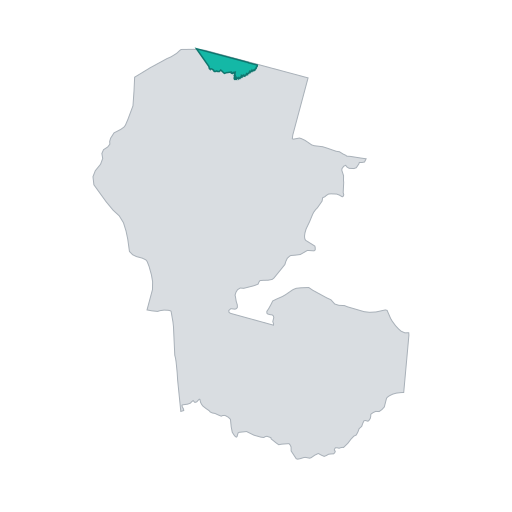 Sikongo, Western, Zambia (highlighted), rotated 105°
{"feature_id": "96606910B5408602862486", "entity_name": "Sikongo", "entity_type": "district", "adm_level": 2, "iso_a3": "ZMB", "parent_name": "Zambia", "parent_adm1": "Western", "projection": "robinson", "projection_center": [22.375, -15.32], "detail": "fine", "context": "in_parent", "style": "filled", "palette": "teal", "viewbox_px": 512, "rotation_deg": 105, "n_neighbors": 0, "source": "geoboundaries", "source_scale": "gbopen_adm2", "svg_char_len": 7286}
<svg xmlns="http://www.w3.org/2000/svg" viewBox="0 0 512 512"><g transform="rotate(105 256 256)"><path d="M336.3,347.3L315.3,347.3L307.6,349.2L301.3,352.1L293.7,356.6L289.4,359.8L288.2,361.5L287.5,365.3L287.5,371.3L286.7,375.5L284.4,379.4L273.0,384.2L265.5,388.0L258.2,392.6L252.6,398.5L248.8,405.8L242.4,414.8L229.2,431.0L221.6,434.0L215.2,433.3L207.6,429.9L201.5,429.3L196.9,431.4L192.8,430.8L189.0,427.4L185.8,426.1L183.2,427.0L179.8,426.9L173.8,425.0L168.6,419.3L165.7,416.9L163.5,416.0L157.3,415.1L142.8,413.7L127.9,416.6L114.7,419.5L101.3,406.7L88.4,393.1L85.7,389.7L80.8,385.1L77.3,382.9L75.9,381.8L72.5,369.7L70.5,358.6L70.5,251.8L129.5,251.8L133.3,251.3L133.5,250.2L130.8,244.5L130.9,242.5L131.6,238.6L134.3,230.9L134.4,228.3L133.2,219.9L133.4,215.2L134.1,205.7L133.7,202.4L135.0,198.2L135.5,195.3L136.1,194.1L135.4,190.9L134.2,179.6L133.6,174.8L137.1,175.5L138.3,177.9L138.9,180.4L140.5,180.5L144.8,182.0L146.2,184.1L147.2,188.7L146.6,191.0L145.2,192.9L146.6,194.5L149.4,195.6L151.0,195.3L155.8,192.2L160.2,191.1L162.4,190.3L172.2,188.2L174.1,187.1L175.5,187.1L176.5,188.0L175.6,191.2L175.3,194.1L176.5,199.5L177.4,202.0L179.4,203.8L180.9,204.8L182.5,206.7L185.9,206.4L193.4,209.1L195.7,210.4L198.8,211.6L201.1,212.1L208.8,213.1L216.9,214.6L221.1,214.7L224.1,214.3L226.2,213.6L227.5,212.7L228.1,211.9L231.2,201.7L232.8,200.9L234.8,200.4L236.0,201.3L237.3,207.8L243.1,213.6L245.1,218.5L246.6,222.7L247.9,223.8L250.1,225.2L253.6,225.8L256.8,225.9L272.7,233.0L274.4,234.3L276.3,238.1L277.5,242.4L278.7,245.8L280.7,246.5L282.6,246.7L284.4,249.1L285.7,251.1L290.4,259.5L291.0,262.9L293.3,265.1L296.3,266.0L299.2,266.1L300.9,265.2L304.9,263.4L308.1,261.4L310.4,260.7L311.8,261.2L312.8,262.5L313.4,266.7L315.7,268.2L317.3,267.6L318.0,265.9L318.0,265.1L318.3,221.2L316.9,221.5L315.0,222.8L310.8,222.9L309.2,223.9L308.7,225.2L309.0,227.1L309.0,229.6L308.4,230.7L306.6,231.2L303.9,230.2L299.1,229.0L295.1,228.2L292.2,224.9L288.3,220.0L285.8,217.5L279.7,212.3L278.6,211.2L276.8,208.8L275.2,204.7L273.7,199.9L272.8,196.9L274.4,192.3L278.1,177.0L278.9,172.3L282.0,167.5L282.2,163.2L281.0,157.7L281.4,154.6L281.8,137.2L281.0,131.7L279.0,125.6L274.6,117.1L274.6,115.3L281.5,109.8L283.6,107.7L287.2,103.2L289.6,99.4L291.1,96.3L291.7,92.3L290.6,88.6L292.9,87.8L349.6,78.0L350.4,80.6L352.1,84.9L354.0,88.1L356.4,90.9L358.5,92.6L359.8,93.1L368.6,93.0L371.7,94.6L374.4,96.8L375.1,100.1L376.8,102.2L378.8,103.9L379.6,104.1L381.0,103.7L383.4,103.6L385.5,104.3L386.6,105.1L386.6,107.9L387.3,109.1L390.2,109.6L393.2,109.8L396.1,111.7L399.3,112.0L402.9,112.8L404.6,114.8L408.4,116.9L413.1,118.8L418.3,121.9L418.4,122.8L419.3,124.7L420.2,126.0L420.2,127.9L420.7,129.7L422.0,130.1L423.1,130.2L424.1,128.9L425.5,129.0L427.0,129.8L427.6,131.8L428.7,134.6L430.6,136.5L431.9,138.3L431.4,141.6L430.6,144.7L433.2,147.7L436.5,150.5L437.4,151.8L437.7,156.0L438.2,157.5L440.4,161.0L441.5,163.3L441.4,164.7L435.2,171.6L431.4,172.7L429.7,174.1L428.7,175.6L431.1,182.5L432.4,185.2L431.2,188.5L428.7,194.1L427.6,194.6L427.3,198.8L428.1,200.3L429.3,201.5L429.7,204.4L429.6,211.6L428.0,219.7L430.7,226.7L431.6,227.5L435.4,227.6L436.1,228.2L435.2,230.2L432.4,233.3L427.5,235.7L420.4,238.4L418.9,241.0L418.0,244.7L418.7,246.9L419.7,248.1L419.3,251.4L418.7,254.8L418.9,257.5L418.5,259.9L417.6,261.1L416.3,264.7L414.8,268.3L413.6,269.9L411.8,271.6L409.0,273.1L409.0,273.8L412.2,275.5L413.0,276.6L413.2,277.4L411.9,279.3L413.4,280.4L415.1,281.3L416.8,283.7L418.7,288.2L419.0,288.7L419.5,288.8L420.6,288.3L422.6,286.4L424.0,285.8L425.6,288.4L396.1,299.6L389.2,301.9L378.9,305.8L375.5,307.3L372.8,308.8L345.4,317.5L341.1,319.2L331.4,323.7L331.1,324.4L331.1,326.5L332.0,330.7L333.6,334.5L335.0,336.7L335.9,342.3L336.3,347.3Z" fill="#d9dde1" stroke="#a8b0b8" stroke-width="1"/><path d="M71.2,304.2L71.3,313.3L71.1,313.4L71.2,367.2L85.1,350.6L87.0,349.6L87.2,349.4L87.3,349.0L87.2,348.8L87.3,348.7L87.1,348.7L87.2,348.4L87.1,348.2L86.8,347.8L86.9,347.5L86.8,347.3L86.8,347.1L86.9,346.7L87.0,346.5L87.2,346.0L87.4,345.6L87.3,345.2L87.8,344.7L88.3,344.5L88.5,344.1L88.5,343.7L88.1,342.5L87.7,342.3L87.4,341.8L87.4,341.7L87.7,341.1L87.7,340.7L87.6,340.2L87.4,339.5L87.4,339.3L86.8,338.9L85.5,338.2L85.8,337.6L86.7,335.9L87.8,333.8L87.1,332.8L87.0,332.6L86.4,331.8L86.4,331.5L84.8,327.8L85.1,327.8L85.4,327.4L85.5,327.5L85.7,327.3L85.8,326.9L85.6,326.8L85.6,326.7L85.8,325.8L85.7,325.7L85.4,325.5L84.8,325.7L84.5,325.5L84.5,325.3L84.6,324.7L84.4,324.4L84.1,324.3L84.0,324.1L83.8,323.7L84.3,323.7L84.6,323.5L85.1,323.7L85.2,323.8L85.8,323.8L85.9,323.6L86.1,323.6L86.3,323.3L86.5,323.3L86.6,323.0L86.8,322.9L87.0,323.0L87.1,322.9L87.1,323.1L87.3,323.1L87.4,323.4L87.6,323.2L87.9,323.4L88.1,323.2L88.1,322.9L88.5,322.7L89.0,322.6L89.5,322.7L89.5,322.9L89.4,322.9L89.3,323.1L89.5,323.2L90.0,323.1L90.1,322.9L90.0,322.6L90.1,322.4L90.9,322.4L90.9,322.1L90.7,322.0L90.7,321.8L90.7,321.7L90.6,321.4L90.4,321.3L90.4,321.2L90.3,321.3L90.3,321.2L90.2,321.3L90.2,321.5L90.0,321.4L90.1,321.5L89.8,321.5L89.6,321.5L89.6,321.4L89.3,321.3L89.2,321.1L89.3,321.0L89.2,321.0L89.3,320.9L89.2,320.8L89.2,320.7L89.3,320.6L89.2,320.5L89.2,320.3L89.3,320.3L89.2,320.3L89.2,320.2L89.2,320.3L89.1,320.2L89.0,319.9L88.9,319.8L89.1,319.8L89.0,319.7L88.9,319.5L89.0,319.4L88.9,319.3L89.1,319.1L88.9,319.1L89.0,319.0L88.8,318.9L88.8,318.6L88.8,318.4L88.7,318.6L88.8,318.4L88.7,318.4L88.7,318.5L88.6,318.4L88.5,318.2L88.4,318.0L88.4,317.9L88.3,318.0L88.2,317.9L88.2,317.7L87.8,317.7L87.7,317.5L87.8,317.5L87.7,317.5L87.7,317.3L87.6,317.1L87.4,317.1L87.5,316.9L87.4,316.7L87.4,316.8L87.4,316.7L87.2,316.7L86.9,316.5L86.9,316.4L86.8,316.5L86.7,316.6L86.4,316.5L86.2,316.5L86.2,316.4L86.0,316.5L86.0,316.3L85.9,316.3L85.8,316.2L85.7,316.3L85.7,316.1L85.5,315.9L85.4,316.0L85.4,315.9L85.3,315.6L85.2,315.7L85.2,315.4L85.2,315.5L85.3,315.4L85.2,315.4L85.3,315.4L85.4,315.2L85.3,314.8L85.3,314.6L85.3,314.4L85.2,314.5L85.2,314.4L84.9,314.4L85.0,314.3L84.9,314.2L84.6,314.0L84.6,313.8L84.6,313.7L84.5,313.8L84.5,313.7L84.4,313.6L84.3,313.4L84.2,313.4L84.3,313.4L84.3,313.1L84.2,313.0L84.2,312.9L84.1,312.6L83.9,312.5L83.8,312.4L83.7,312.3L83.7,312.2L83.6,312.4L83.4,312.4L83.3,312.2L83.2,312.1L82.9,312.0L82.9,311.9L82.7,311.9L82.8,311.8L82.7,311.8L82.7,311.7L82.6,311.8L82.6,311.7L82.4,311.6L82.2,311.6L82.1,311.4L81.9,311.1L82.0,311.1L81.9,311.1L81.8,310.8L81.7,310.9L81.5,310.7L81.6,310.4L81.5,310.2L81.4,310.2L81.2,310.2L80.9,310.1L80.7,310.1L80.4,310.0L80.5,310.0L80.4,310.0L80.4,309.9L80.4,310.0L80.2,309.9L80.2,309.7L80.1,309.8L80.0,309.7L79.9,309.8L79.7,309.5L79.4,309.6L79.5,309.3L79.5,309.2L79.4,308.9L79.4,309.0L79.4,308.9L79.2,308.8L79.2,308.6L79.0,308.4L78.9,308.2L78.9,307.9L78.7,307.9L78.7,308.0L78.4,308.2L78.2,308.0L78.2,307.9L78.2,308.0L78.1,307.9L78.1,308.0L78.0,307.9L77.9,307.9L78.0,307.8L77.8,307.8L77.8,307.6L77.7,307.6L77.8,307.4L77.6,307.3L77.6,307.2L77.5,307.3L77.6,307.1L77.7,306.9L77.8,306.9L77.7,306.8L77.8,306.8L77.7,306.4L77.5,306.1L77.4,306.0L77.4,305.9L77.2,305.8L77.0,305.7L76.9,305.5L76.6,305.4L76.6,305.2L76.4,305.2L76.1,305.1L75.9,305.2L75.9,305.3L75.8,305.2L75.7,305.0L75.5,304.9L75.4,304.9L75.2,304.8L75.2,304.7L74.9,304.4L74.4,304.6L74.1,304.5L73.8,304.6L73.7,304.5L73.5,304.4L73.1,304.4L72.7,304.0L72.4,304.0L72.1,304.0L71.8,304.2L71.6,304.1L71.4,304.1L71.2,304.2Z" fill="#14b8a6" stroke="#0f766e" stroke-width="1.5"/></g></svg>